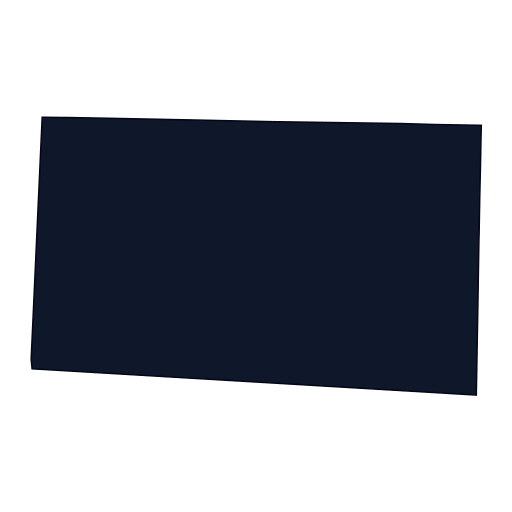 McDonald, Missouri, United States of America (Albers equal-area conic projection), rotated 181°
{"feature_id": "52423323B38685090591700", "entity_name": "McDonald", "entity_type": "district", "adm_level": 2, "iso_a3": "USA", "parent_name": "United States of America", "parent_adm1": "Missouri", "projection": "albers", "projection_center": [-94.424, 36.633], "detail": "fine", "context": "isolated", "style": "filled", "palette": "ink", "viewbox_px": 512, "rotation_deg": 181, "n_neighbors": 0, "source": "geoboundaries", "source_scale": "gbopen_adm2", "svg_char_len": 491}
<svg xmlns="http://www.w3.org/2000/svg" viewBox="0 0 512 512"><g transform="rotate(181 256 256)"><path d="M472.2,391.0L479.0,148.9L477.9,139.3L33.3,120.8L33.3,186.6L33.3,218.9L33.3,220.4L33.4,276.3L33.3,282.1L33.3,289.9L33.3,311.5L33.3,320.6L33.1,352.7L33.2,353.6L33.1,355.4L33.1,372.1L33.1,374.9L33.0,390.6L80.7,390.6L113.0,391.0L241.5,390.6L316.1,390.9L387.5,391.1L444.3,391.2L444.9,391.2L453.4,391.1L454.7,391.1L472.2,391.0Z" fill="#0f172a" stroke="#020617" stroke-width="1.5"/></g></svg>